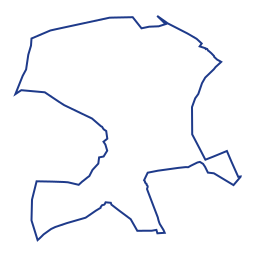 outline of Santo Domingo Yanhuitlán, Oaxaca, Mexico
{"feature_id": "50627088B16686232310096", "entity_name": "Santo Domingo Yanhuitlán", "entity_type": "district", "adm_level": 2, "iso_a3": "MEX", "parent_name": "Mexico", "parent_adm1": "Oaxaca", "projection": "orthographic", "projection_center": [-97.341, 17.526], "detail": "fine", "context": "isolated", "style": "outline", "palette": "blue", "viewbox_px": 256, "rotation_deg": 0, "n_neighbors": 0, "source": "geoboundaries", "source_scale": "gbopen_adm2", "svg_char_len": 1854}
<svg xmlns="http://www.w3.org/2000/svg" viewBox="0 0 256 256"><path d="M36.6,181.3L32.0,199.7L31.5,220.4L37.6,240.1L39.3,238.6L41.2,236.8L43.6,234.4L51.1,229.0L55.3,227.0L66.9,223.1L85.6,217.7L91.6,213.6L95.8,210.7L100.6,207.8L100.8,206.8L102.1,205.2L104.1,204.7L104.6,204.3L105.6,202.3L110.8,202.8L111.4,204.6L118.5,210.1L130.7,219.2L132.8,222.9L135.6,227.8L137.3,230.8L151.9,230.7L156.4,229.9L156.8,231.3L157.4,233.3L164.7,232.8L163.5,230.0L159.8,224.0L159.1,222.2L158.4,220.0L157.8,217.4L153.4,205.9L147.7,190.9L147.0,189.0L147.7,186.9L147.6,186.1L147.2,185.4L146.9,185.2L146.7,184.9L146.6,184.2L146.4,183.7L145.9,183.5L145.1,182.5L145.1,181.9L144.8,181.3L144.6,181.1L144.5,180.5L144.1,180.2L147.7,172.7L157.9,170.7L178.2,167.9L185.6,167.1L188.2,167.2L190.9,165.7L197.4,162.5L199.9,161.9L203.1,163.9L205.1,166.9L207.9,172.6L213.9,173.3L233.5,185.1L240.5,176.9L240.6,176.5L238.2,176.8L231.5,161.8L226.9,151.0L219.9,153.9L212.8,156.8L205.4,159.7L205.1,159.2L199.8,148.9L193.0,135.9L192.2,134.4L192.0,107.1L195.2,98.3L198.3,94.0L202.0,83.2L205.2,77.6L213.9,69.2L215.7,66.9L216.2,66.5L221.2,61.9L220.4,61.4L217.1,59.6L214.2,56.9L214.1,56.6L214.0,56.0L211.3,53.2L208.9,51.1L208.0,50.5L207.2,49.0L206.4,48.7L205.7,49.0L205.3,48.2L199.7,46.4L201.7,43.5L196.6,38.8L187.5,33.5L167.6,23.3L157.2,15.9L165.6,24.1L158.7,26.3L149.2,26.7L141.5,28.3L132.7,17.2L112.3,17.6L109.5,17.7L55.6,29.3L50.3,30.5L31.5,38.5L31.0,45.6L28.3,54.7L26.1,69.5L22.7,75.8L15.4,94.1L21.3,90.2L44.8,92.3L59.1,101.9L64.1,105.1L81.3,113.4L92.0,118.5L100.9,126.2L102.1,126.8L103.1,128.5L103.8,129.4L106.2,131.0L107.3,138.7L103.5,141.7L105.4,144.6L107.2,150.7L103.6,156.5L99.1,157.4L98.3,163.6L92.5,169.9L89.3,176.1L87.1,177.7L86.9,177.9L84.4,179.9L82.9,181.1L82.5,181.3L82.3,181.5L78.7,184.8L68.0,182.3L63.9,182.0L52.1,181.6L36.6,181.3Z" fill="none" stroke="#1e3a8a" stroke-width="2"/></svg>